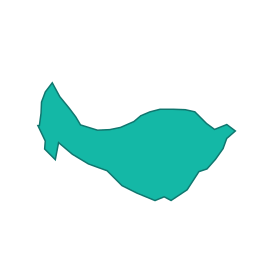 Agioi Trimithias, Nicosia, Cyprus (orthographic projection), rotated 225°
{"feature_id": "46923920B49674797191494", "entity_name": "Agioi Trimithias", "entity_type": "district", "adm_level": 2, "iso_a3": "CYP", "parent_name": "Cyprus", "parent_adm1": "Nicosia", "projection": "orthographic", "projection_center": [33.238, 35.108], "detail": "fine", "context": "isolated", "style": "filled", "palette": "teal", "viewbox_px": 256, "rotation_deg": 225, "n_neighbors": 0, "source": "geoboundaries", "source_scale": "gbopen_adm2", "svg_char_len": 675}
<svg xmlns="http://www.w3.org/2000/svg" viewBox="0 0 256 256"><g transform="rotate(225 128 128)"><path d="M193.4,66.0L177.3,60.3L172.1,54.2L157.0,54.2L166.8,68.6L148.7,70.1L130.6,74.6L122.4,78.4L112.6,83.0L102.0,83.0L91.5,83.0L75.6,88.3L57.6,95.8L53.8,104.9L46.3,107.2L42.5,126.1L47.0,147.3L43.2,154.9L44.0,167.7L46.2,180.6L50.8,190.4L50.0,201.8L60.6,200.3L65.8,188.2L75.6,186.7L92.2,186.7L100.5,181.4L109.5,173.0L118.6,163.9L123.9,154.9L127.6,145.8L128.4,136.7L133.7,123.1L139.7,114.0L148.0,104.9L163.8,96.6L172.8,98.9L183.4,100.4L198.4,101.9L213.5,106.4L212.0,95.1L207.5,85.2L199.9,76.9L192.4,67.1L193.4,66.0Z" fill="#14b8a6" stroke="#0f766e" stroke-width="1.5"/></g></svg>